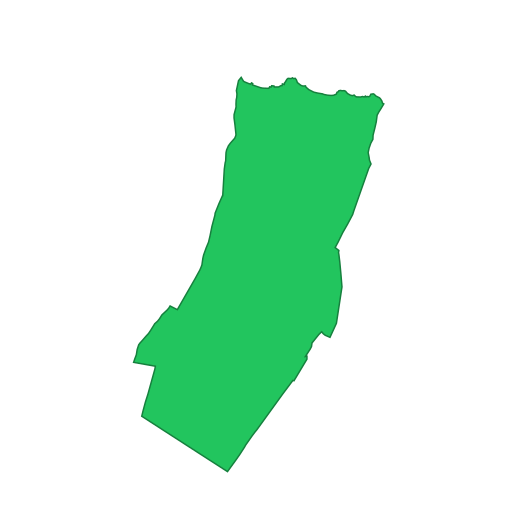 Aana Alofi I, A'ana, Samoa (Natural Earth projection), rotated 31°
{"feature_id": "51752279B79579016440908", "entity_name": "Aana Alofi I", "entity_type": "district", "adm_level": 2, "iso_a3": "WSM", "parent_name": "Samoa", "parent_adm1": "A'ana", "projection": "natural_earth1", "projection_center": [-171.93, -13.846], "detail": "fine", "context": "isolated", "style": "filled", "palette": "green", "viewbox_px": 512, "rotation_deg": 31, "n_neighbors": 0, "source": "geoboundaries", "source_scale": "gbopen_adm2", "svg_char_len": 2348}
<svg xmlns="http://www.w3.org/2000/svg" viewBox="0 0 512 512"><g transform="rotate(31 256 256)"><path d="M236.4,438.0L239.0,447.1L240.6,452.2L307.6,454.4L342.6,455.5L343.8,441.6L344.3,434.5L344.6,425.8L344.5,423.3L345.3,412.1L345.8,407.3L346.2,404.7L350.0,360.1L351.7,343.6L352.8,343.4L352.8,318.2L351.3,315.7L350.1,316.7L350.4,307.9L350.2,305.0L348.8,301.7L350.3,290.8L351.3,287.1L353.7,288.0L356.1,288.3L361.3,287.6L359.6,272.3L345.6,238.2L337.9,227.5L330.9,218.0L326.4,212.2L325.0,210.6L324.2,208.6L319.5,208.0L319.2,201.6L318.3,191.4L318.1,181.8L317.5,170.7L316.5,166.5L308.2,126.2L307.5,122.8L307.2,117.9L303.9,115.4L302.4,113.5L298.9,109.6L297.4,105.4L296.3,100.2L296.1,95.8L294.1,92.1L292.1,85.5L290.0,79.1L287.3,72.9L287.1,69.0L287.2,66.6L287.2,59.8L285.6,59.8L284.2,58.4L281.8,57.2L280.4,56.8L276.3,57.1L274.1,56.5L273.0,56.6L271.1,58.2L271.3,60.1L270.7,61.4L269.0,62.1L268.3,63.0L267.4,62.6L266.8,64.0L265.2,64.4L263.7,65.9L260.3,67.8L259.3,68.0L257.2,67.5L256.2,68.8L254.2,69.5L251.3,69.6L250.4,69.5L247.8,68.6L246.3,68.9L244.6,70.1L243.2,70.5L241.9,71.7L241.9,72.8L241.1,74.0L241.5,75.8L239.7,78.3L237.7,79.7L234.5,81.3L231.2,82.5L229.4,82.8L224.9,84.6L221.1,85.8L215.7,86.2L211.8,85.5L210.8,84.7L208.6,86.2L206.5,86.6L202.1,86.0L199.9,84.2L198.1,83.5L196.8,84.6L195.5,84.5L194.8,85.8L192.0,87.2L191.5,88.6L191.5,92.3L191.3,92.9L191.9,94.4L190.0,94.9L190.6,96.5L189.6,97.2L188.3,99.5L184.6,101.7L183.9,101.0L181.7,102.0L181.9,103.5L180.6,103.9L180.6,105.7L180.1,106.0L175.4,108.6L173.2,109.4L164.9,111.2L164.4,109.9L163.0,109.9L162.8,111.5L160.7,112.0L156.0,112.7L155.0,112.5L151.3,110.5L150.7,114.7L154.0,124.3L156.2,126.9L157.8,130.0L158.6,132.4L160.6,136.1L162.2,138.6L164.4,146.1L166.1,149.0L170.4,154.4L176.2,162.1L176.7,163.3L177.1,166.0L175.9,172.6L175.6,175.7L176.2,180.3L177.1,182.9L181.0,190.1L181.6,192.1L184.0,197.7L196.4,221.4L196.2,221.5L197.3,230.4L198.9,240.3L199.8,242.3L203.0,253.4L206.2,262.3L208.2,268.6L209.1,274.7L210.6,282.2L211.7,285.5L214.2,291.4L214.7,293.9L215.1,297.0L215.5,307.1L216.2,342.5L208.1,343.1L208.1,345.6L207.6,348.3L205.7,354.9L205.6,359.7L205.2,362.6L204.1,366.1L204.0,374.0L203.8,377.8L203.0,381.6L202.1,386.8L201.4,390.2L201.2,392.5L202.3,397.3L204.3,402.3L205.1,406.7L205.9,410.2L226.5,402.3L227.6,405.1L234.5,430.0L236.4,438.0Z" fill="#22c55e" stroke="#15803d" stroke-width="1.5"/></g></svg>